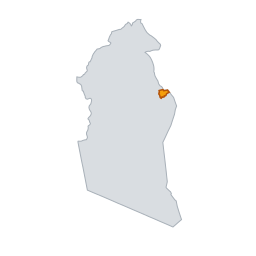 Mamdi, Lac, Chad shown in context, rotated 170°
{"feature_id": "50815135B65244945482941", "entity_name": "Mamdi", "entity_type": "district", "adm_level": 2, "iso_a3": "TCD", "parent_name": "Chad", "parent_adm1": "Lac", "projection": "equal_earth", "projection_center": [14.379, 13.291], "detail": "fine", "context": "in_parent", "style": "filled", "palette": "amber", "viewbox_px": 256, "rotation_deg": 170, "n_neighbors": 0, "source": "geoboundaries", "source_scale": "gbopen_adm2", "svg_char_len": 4231}
<svg xmlns="http://www.w3.org/2000/svg" viewBox="0 0 256 256"><g transform="rotate(170 128 128)"><path d="M178.8,73.9L178.9,79.7L179.0,85.6L179.1,91.4L179.2,97.3L179.4,103.1L179.5,109.0L179.6,114.9L179.7,120.7L179.7,122.7L179.6,123.5L179.4,123.7L177.0,123.2L176.0,123.2L174.6,123.6L172.5,123.8L171.1,123.7L170.2,124.7L169.5,126.0L169.9,128.9L169.8,129.9L169.5,130.9L168.9,131.7L168.3,132.4L167.9,133.0L167.4,134.3L167.1,135.0L167.1,135.8L167.0,136.7L166.6,137.1L165.7,137.5L165.0,137.9L164.5,138.5L164.2,139.0L164.4,139.6L164.7,140.4L164.8,141.7L164.9,142.5L165.4,143.1L165.7,143.5L165.8,144.1L165.5,144.6L164.4,145.5L163.9,145.9L163.3,146.3L163.1,146.5L162.3,147.4L161.8,148.2L161.6,148.9L161.6,149.8L162.1,151.2L162.6,152.4L162.8,153.2L162.9,154.2L162.9,155.1L162.6,155.9L162.2,156.7L160.6,158.0L159.8,159.5L159.1,161.3L159.0,162.3L159.2,162.9L159.5,163.5L160.0,163.8L160.7,163.9L161.9,163.6L163.0,163.4L164.2,164.0L164.8,165.5L164.6,166.6L165.1,168.7L165.5,171.1L165.5,171.9L165.7,172.2L166.4,172.4L166.6,172.9L166.4,177.2L166.7,178.4L167.2,179.3L167.8,179.7L168.4,180.3L168.7,180.7L169.3,180.8L170.0,181.5L170.3,182.6L170.2,183.6L169.8,185.7L169.5,187.2L169.1,187.1L168.2,186.7L167.1,186.4L165.8,186.2L164.6,186.8L163.3,187.5L162.9,188.1L162.5,188.4L161.9,188.4L161.4,188.5L161.1,189.0L160.6,189.6L158.7,190.9L158.3,191.3L158.1,191.8L158.1,192.3L158.3,193.3L158.3,194.6L157.9,195.6L157.4,196.3L156.8,196.6L156.4,196.7L156.1,197.1L155.1,199.5L154.6,199.9L153.8,199.8L151.3,203.3L151.0,204.3L150.1,205.8L148.9,207.4L147.9,208.2L147.8,208.5L147.5,208.8L146.9,209.2L144.7,211.1L142.0,211.1L140.8,211.8L139.7,212.2L138.0,212.6L137.5,212.5L135.3,212.7L132.8,212.6L131.8,212.9L130.9,213.7L130.3,214.3L130.2,214.5L130.3,214.8L130.2,215.0L132.0,216.6L132.5,217.4L132.0,218.2L131.8,218.3L131.5,219.0L130.5,220.8L128.9,223.0L128.1,223.6L127.8,224.0L127.4,225.4L127.1,225.6L126.0,225.8L123.8,226.0L120.9,226.4L119.1,226.6L118.0,226.4L116.4,227.4L115.9,227.7L115.5,227.8L114.0,228.7L112.7,230.2L112.3,230.5L110.4,231.1L109.7,232.2L109.4,232.2L108.2,230.9L107.4,229.7L107.1,228.4L107.0,228.0L106.8,228.1L106.2,228.7L105.6,229.3L105.4,230.5L103.5,231.3L101.9,232.0L101.2,232.8L100.0,233.3L98.6,233.1L97.5,232.7L96.4,232.6L96.9,231.5L97.1,230.7L97.2,229.7L97.1,229.1L96.5,228.7L96.0,228.2L95.1,225.1L94.1,221.9L92.8,218.8L91.3,216.8L90.2,215.5L89.9,215.4L89.4,215.0L89.0,214.6L87.0,212.5L85.0,210.1L84.5,209.0L83.5,207.4L82.3,205.7L81.7,205.0L81.5,203.6L82.2,202.4L83.1,200.8L84.1,199.7L85.4,199.7L87.6,200.1L90.0,200.3L92.3,199.9L92.9,199.7L93.5,199.7L94.8,200.1L97.0,200.0L98.1,199.4L96.9,198.3L95.6,196.6L94.3,194.7L93.6,193.0L92.9,190.8L92.3,188.1L91.9,184.6L92.0,182.6L92.2,181.2L92.8,178.9L92.4,177.6L92.5,176.5L92.4,174.9L92.2,174.0L91.3,171.4L91.2,171.1L90.4,169.2L90.1,166.1L89.2,164.1L87.9,163.1L87.1,161.9L86.8,159.8L86.3,159.2L84.1,158.5L82.3,158.5L81.0,156.1L79.4,153.0L77.8,150.2L76.9,144.5L76.3,141.2L76.9,140.2L78.2,137.9L79.8,133.5L83.5,126.6L85.3,123.1L89.1,117.9L93.6,111.4L96.2,107.8L96.6,101.3L97.0,94.3L97.3,89.1L97.7,82.9L98.0,77.7L98.3,73.9L98.6,68.6L98.9,67.6L100.7,63.4L100.8,62.8L100.5,62.1L97.9,58.6L97.2,57.8L96.7,56.0L97.3,54.9L94.3,49.0L93.5,48.3L93.2,47.6L93.2,46.5L93.1,42.4L92.3,36.0L91.2,28.5L94.8,26.4L97.4,24.8L100.9,22.7L104.0,24.8L108.7,27.9L113.3,30.9L117.9,34.0L122.6,37.0L127.2,40.1L131.9,43.2L136.5,46.2L141.2,49.3L145.9,52.4L150.6,55.4L155.2,58.5L159.9,61.6L164.6,64.7L169.3,67.7L174.1,70.8L178.8,73.9Z" fill="#d9dde1" stroke="#a8b0b8" stroke-width="1"/><path d="M90.9,159.5L90.9,157.8L91.2,157.2L91.6,157.0L91.5,156.6L91.7,155.9L91.2,155.1L91.1,154.1L91.1,153.9L90.9,153.5L91.1,153.0L91.0,152.6L90.7,152.0L90.1,151.5L89.5,152.1L89.2,152.5L89.0,152.8L88.6,152.6L88.5,152.3L87.4,152.3L87.0,152.4L86.7,152.8L86.6,153.3L86.4,153.2L86.0,153.3L85.4,153.2L84.9,153.6L84.1,155.0L81.2,156.1L81.3,156.2L81.4,156.3L81.5,156.5L81.7,156.9L81.7,157.0L81.8,157.0L81.9,157.3L82.0,157.4L82.0,157.5L82.1,157.8L82.3,158.1L82.4,158.3L82.5,158.3L82.5,158.5L83.0,158.5L83.4,158.5L83.5,158.5L83.8,158.5L84.0,158.5L84.6,158.5L84.9,158.5L85.2,158.5L85.3,158.5L86.1,158.5L86.3,158.5L86.4,158.8L86.5,159.0L86.7,159.4L86.8,159.5L86.9,159.8L90.0,159.6L90.9,159.5Z" fill="#f59e0b" stroke="#b45309" stroke-width="1.5"/></g></svg>